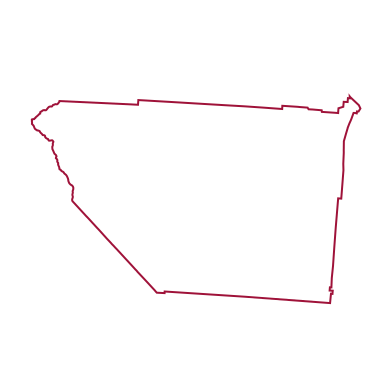 the district of San Bernardino, California, United States of America, rotated 183°
{"feature_id": "52423323B23069932539838", "entity_name": "San Bernardino", "entity_type": "district", "adm_level": 2, "iso_a3": "USA", "parent_name": "United States of America", "parent_adm1": "California", "projection": "orthographic", "projection_center": [-115.127, 34.84], "detail": "fine", "context": "isolated", "style": "outline", "palette": "rose", "viewbox_px": 384, "rotation_deg": 183, "n_neighbors": 0, "source": "geoboundaries", "source_scale": "gbopen_adm2", "svg_char_len": 3558}
<svg xmlns="http://www.w3.org/2000/svg" viewBox="0 0 384 384"><g transform="rotate(183 192 192)"><path d="M310.9,176.6L295.8,161.8L295.7,161.8L285.1,151.4L283.6,150.0L274.7,141.1L269.9,136.5L269.5,136.0L267.4,134.1L265.7,132.4L264.4,131.2L254.7,121.7L251.8,118.9L246.3,113.5L244.2,111.4L243.9,111.2L243.0,110.3L242.9,110.2L242.3,109.5L234.6,102.1L223.7,91.5L223.6,91.3L221.9,89.6L214.1,89.6L214.1,91.2L134.1,90.2L48.3,88.3L47.9,97.7L46.4,97.6L46.3,100.8L49.4,100.8L49.3,104.0L47.8,104.0L47.9,113.4L47.3,125.6L47.0,144.6L46.6,163.7L45.7,193.3L42.6,193.2L42.2,209.1L41.9,221.7L42.4,228.1L42.5,239.1L42.7,242.4L42.7,243.0L42.8,245.4L43.0,250.7L42.0,255.0L41.3,258.1L39.9,263.9L39.9,264.2L38.4,268.7L37.3,271.5L36.7,273.2L34.8,279.4L33.6,279.5L31.6,279.1L31.5,279.5L31.5,281.1L29.9,281.1L28.2,284.2L29.9,287.4L38.9,295.0L39.5,295.7L39.3,293.8L41.2,293.9L41.3,290.0L45.2,290.0L45.4,285.0L50.1,283.3L50.2,280.1L50.2,278.5L53.2,278.6L66.5,278.8L66.8,280.4L67.0,280.4L75.9,280.7L79.9,280.7L81.0,282.3L89.2,282.5L90.6,282.6L106.3,282.8L106.3,279.6L125.1,280.0L143.6,280.3L162.5,280.4L190.8,280.6L216.8,280.8L250.4,281.0L250.5,276.3L258.4,276.3L329.1,275.9L329.2,275.1L329.3,275.0L329.7,274.5L329.9,274.1L330.4,273.4L330.8,272.9L331.2,272.6L331.7,272.5L332.1,272.5L333.1,272.6L334.1,272.0L335.0,271.8L335.2,271.7L335.7,271.1L336.1,270.4L336.4,270.1L336.8,270.0L337.9,270.0L338.9,269.7L339.3,269.5L340.0,268.8L341.7,266.4L342.2,266.0L343.3,265.9L343.9,266.1L345.2,265.7L346.1,265.0L346.4,264.6L347.3,264.2L347.6,264.0L347.8,263.5L347.7,262.6L347.7,262.4L347.9,262.3L348.6,261.8L348.9,261.6L349.2,261.1L350.8,259.5L351.9,258.5L352.0,258.3L352.1,258.2L352.2,257.9L352.3,257.7L352.9,257.4L353.1,257.2L353.2,256.8L353.3,256.6L353.5,256.5L353.8,256.5L354.1,256.5L354.6,256.3L354.8,256.3L355.4,256.3L355.6,256.1L355.7,255.9L355.8,255.6L355.7,255.3L355.5,254.7L355.5,254.4L355.6,254.0L355.4,253.2L355.3,252.4L355.4,251.9L355.4,251.6L355.1,251.3L353.7,250.0L352.6,247.7L352.3,247.1L351.9,246.7L351.5,246.4L351.1,246.1L350.6,246.0L349.9,245.4L348.6,245.3L347.5,244.9L347.2,244.6L346.8,243.8L345.8,242.8L345.5,242.6L345.1,242.3L344.1,241.1L343.8,241.0L342.7,241.0L342.1,240.7L341.9,240.6L341.8,240.4L341.6,240.1L341.6,239.4L341.3,239.0L340.8,238.4L339.8,237.8L339.2,237.5L338.5,237.3L338.1,236.4L337.9,236.2L337.7,235.9L337.3,235.8L337.1,235.8L335.9,236.0L335.2,236.2L334.3,236.3L334.1,236.2L333.8,235.9L333.1,235.1L333.1,234.8L333.1,234.7L333.4,233.8L333.6,233.2L333.4,231.8L333.5,231.0L333.6,230.7L333.9,229.8L333.8,228.8L333.6,227.4L332.8,226.0L331.4,223.1L329.9,221.9L329.2,220.7L329.2,220.3L329.2,220.2L329.4,219.9L329.6,219.7L329.7,218.7L329.3,218.3L328.4,217.5L328.1,216.6L328.1,216.4L328.2,215.7L328.1,215.3L327.9,214.8L327.4,214.3L327.2,214.0L327.2,213.7L327.1,213.4L327.2,213.0L327.2,212.8L327.2,212.7L327.0,212.2L326.9,212.0L326.9,211.7L326.3,210.6L326.0,210.0L325.7,208.9L325.7,208.3L325.5,207.9L325.4,207.7L325.2,207.6L324.9,207.5L324.5,207.4L324.1,207.0L323.7,206.4L323.2,206.1L322.6,205.7L322.0,205.5L321.4,205.1L321.0,204.7L320.9,204.4L320.6,204.0L320.2,203.6L319.3,203.0L318.7,202.5L318.2,201.9L317.7,201.2L316.6,199.0L316.2,197.7L316.1,196.7L315.6,195.5L315.1,194.5L314.6,193.9L313.9,193.3L313.6,193.0L312.2,192.3L311.8,191.9L311.2,191.2L310.9,190.5L310.8,190.3L310.7,189.1L310.7,188.8L310.8,188.1L311.2,186.8L311.2,186.3L311.0,185.3L311.0,185.0L311.1,184.3L311.3,183.4L311.3,183.0L311.3,182.8L311.1,182.1L310.8,181.3L310.8,180.6L310.8,180.2L311.2,178.9L311.3,178.3L311.3,177.7L311.2,177.4L310.9,176.6Z" fill="none" stroke="#9f1239" stroke-width="2"/></g></svg>